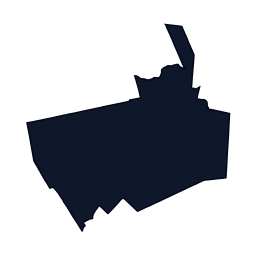 outline of Talpa, Teleorman, Romania, rotated 274°
{"feature_id": "2599482B48667191952108", "entity_name": "Talpa", "entity_type": "district", "adm_level": 2, "iso_a3": "ROU", "parent_name": "Romania", "parent_adm1": "Teleorman", "projection": "mercator", "projection_center": [25.316, 44.288], "detail": "fine", "context": "isolated", "style": "filled", "palette": "ink", "viewbox_px": 256, "rotation_deg": 274, "n_neighbors": 0, "source": "geoboundaries", "source_scale": "gbopen_adm2", "svg_char_len": 5389}
<svg xmlns="http://www.w3.org/2000/svg" viewBox="0 0 256 256"><g transform="rotate(274 128 128)"><path d="M85.2,229.1L91.8,229.1L97.3,229.0L103.6,228.9L109.0,228.8L111.1,228.8L122.3,228.7L126.1,228.7L132.3,228.6L140.6,228.4L149.5,228.3L151.0,218.0L152.4,208.5L151.8,208.2L151.5,208.1L151.6,207.9L151.8,207.4L151.9,207.2L152.2,206.9L152.4,206.9L152.8,206.8L153.2,206.7L153.4,206.6L153.8,206.5L154.0,206.6L154.1,206.4L154.5,206.1L154.9,205.7L155.2,205.6L155.8,205.4L156.1,205.5L156.7,205.3L156.8,205.2L157.4,205.2L158.0,205.2L158.4,205.1L158.6,205.1L158.8,205.1L159.5,204.8L160.2,204.3L160.4,204.1L160.9,203.4L161.4,202.5L161.5,202.1L161.5,201.9L161.5,201.3L161.4,200.1L161.4,199.5L161.4,198.7L161.6,198.1L161.7,197.8L161.7,197.4L161.7,197.0L161.6,196.3L161.5,195.9L161.7,194.8L161.7,194.6L162.1,194.7L162.4,194.7L162.7,194.8L165.2,195.0L167.4,195.4L173.8,196.5L173.2,195.6L172.7,195.1L172.6,194.9L172.1,194.6L172.0,194.4L172.1,194.2L171.9,194.1L171.6,193.4L171.5,193.2L171.7,192.5L171.8,192.3L171.8,191.9L172.0,191.4L172.1,191.0L172.1,190.6L172.2,190.0L172.2,189.0L172.1,188.7L172.1,188.4L173.3,188.4L177.7,188.6L177.8,188.5L183.4,188.5L196.1,188.7L205.6,188.7L207.6,187.7L209.8,186.5L211.1,185.8L216.8,182.8L218.2,182.1L219.3,181.6L223.2,179.7L226.1,178.1L226.4,177.9L227.5,177.4L231.3,175.4L233.0,174.6L233.2,172.3L233.5,165.6L233.8,158.3L233.7,158.4L230.2,160.1L229.4,160.5L228.9,160.8L228.4,161.1L228.0,161.3L226.7,161.9L225.9,162.5L224.3,163.3L221.0,165.0L219.1,166.0L218.4,166.4L217.8,166.6L214.6,168.2L213.0,169.0L208.5,171.4L207.4,172.0L202.7,174.4L199.8,175.9L195.6,178.0L192.0,180.0L191.4,180.3L191.2,180.4L191.1,179.9L191.2,179.7L191.8,177.8L192.0,177.0L192.1,176.5L192.3,176.2L192.5,175.8L192.8,175.4L193.1,175.1L193.9,174.4L194.4,174.0L194.6,173.7L194.8,173.5L194.9,173.2L194.9,172.9L194.8,172.3L194.5,171.5L194.4,170.9L194.0,169.9L193.8,169.2L193.5,168.3L193.1,167.5L192.9,167.0L192.8,166.7L192.8,166.3L192.9,164.8L192.9,164.2L192.8,163.7L192.6,162.9L192.4,162.6L192.2,162.4L191.9,162.1L191.7,161.9L191.5,161.6L191.4,161.0L190.9,160.1L190.7,159.7L189.8,158.8L188.9,157.9L188.7,157.7L188.4,157.6L188.2,157.5L186.9,157.6L186.3,157.7L185.6,157.7L185.1,157.7L184.7,157.5L183.7,157.2L183.2,157.1L182.8,157.0L182.5,156.8L182.3,156.7L182.0,156.7L181.7,156.6L181.4,156.5L181.2,156.3L180.9,156.0L180.6,155.7L180.3,155.2L180.2,154.7L180.0,153.9L180.0,153.2L180.1,152.6L180.1,151.8L180.1,151.3L180.0,150.9L179.9,150.3L179.9,150.2L179.6,150.1L179.4,150.0L179.2,149.6L178.9,149.1L178.5,148.4L178.2,147.6L177.7,146.1L177.4,145.5L177.3,145.2L177.3,144.8L177.3,144.2L177.3,143.8L177.5,143.1L177.5,142.9L177.6,142.3L177.6,142.0L177.8,141.7L177.9,141.3L178.1,140.7L178.1,140.3L178.0,139.6L177.9,138.8L178.0,138.1L178.1,137.5L178.5,136.4L178.6,136.1L178.8,135.9L179.2,135.4L179.5,134.9L179.9,134.1L180.3,133.2L180.5,132.5L180.6,132.3L180.6,131.6L180.5,131.4L180.4,131.1L179.7,131.4L177.2,132.4L171.9,134.3L169.8,135.1L165.9,136.4L164.2,136.9L160.7,138.0L158.8,138.5L156.1,128.1L156.0,127.7L155.7,127.6L155.4,127.6L154.7,127.8L153.6,123.9L153.0,121.7L152.8,121.0L151.9,117.9L150.5,112.9L148.1,104.3L147.2,101.1L147.2,100.9L147.0,100.7L146.9,100.7L145.5,95.6L142.0,83.3L139.5,74.9L138.5,71.2L137.6,67.6L136.8,65.3L136.1,62.6L135.2,59.5L134.6,57.3L134.1,55.8L133.6,54.3L132.0,48.7L130.8,44.3L130.0,41.7L128.8,37.1L127.6,33.0L127.0,30.5L126.1,26.9L125.3,27.1L110.7,31.0L105.6,32.2L94.1,35.1L91.7,35.7L88.6,36.5L88.4,36.6L88.3,36.8L87.2,37.4L86.6,37.8L82.1,40.9L80.0,42.2L78.2,43.5L76.0,44.9L74.0,46.3L72.5,47.2L71.9,47.7L71.3,48.1L69.8,49.1L69.0,49.7L68.1,50.5L67.5,50.9L67.3,51.0L67.1,51.2L65.1,52.5L63.0,53.9L62.8,54.0L62.7,54.3L62.6,54.5L63.4,56.3L64.0,57.6L63.6,57.8L62.9,58.4L62.4,58.8L61.3,60.0L60.6,60.8L60.2,61.2L60.1,61.3L59.0,62.2L58.9,62.2L59.0,62.2L58.7,62.6L57.7,63.4L57.1,63.8L54.6,65.7L54.3,65.9L54.0,66.1L53.2,66.7L53.1,66.8L53.2,67.0L51.4,68.2L51.0,68.5L50.7,68.6L50.4,68.7L49.2,69.5L48.8,69.9L47.1,71.2L45.9,72.1L44.7,73.1L44.0,73.5L42.4,74.7L40.4,76.1L38.4,77.4L34.9,80.0L33.4,81.1L30.3,83.5L28.6,84.7L26.5,86.3L25.2,87.2L24.9,87.3L23.1,88.7L22.2,89.4L22.8,89.7L23.2,89.9L23.6,89.9L24.0,89.8L24.3,89.8L24.6,89.9L24.8,90.0L26.1,90.9L27.2,91.7L27.4,91.8L27.5,91.9L27.9,91.9L28.0,91.8L28.3,91.5L29.0,90.6L29.4,90.4L29.7,90.4L30.9,90.6L31.2,90.7L31.6,90.9L31.9,91.1L32.0,91.2L32.0,91.4L32.1,92.0L32.3,92.4L33.2,93.8L34.2,95.5L34.4,95.8L34.5,96.2L34.6,96.7L34.7,96.8L35.0,97.3L35.1,97.5L35.2,97.8L35.0,98.3L35.1,98.5L35.3,98.8L35.8,99.0L36.1,99.0L37.0,98.8L37.3,98.8L37.5,98.8L38.8,99.2L39.4,99.3L39.7,99.4L41.2,100.0L41.9,100.4L42.7,100.8L43.7,101.4L45.0,102.2L45.9,102.8L46.2,103.0L47.3,103.7L47.9,104.1L48.7,104.6L48.8,104.7L48.8,104.9L48.3,105.5L47.7,106.1L47.4,106.5L45.8,108.5L45.0,109.5L44.0,110.6L42.7,112.1L42.0,113.0L41.6,113.5L41.4,113.7L41.4,113.9L41.4,114.0L41.6,114.2L42.0,114.5L44.3,116.6L47.0,118.8L48.5,120.0L50.4,121.5L51.6,122.5L52.3,123.1L53.5,123.9L55.5,125.3L56.8,126.7L57.1,126.9L57.7,127.5L58.2,128.0L57.1,129.3L56.2,130.5L50.4,137.6L47.7,140.8L45.7,143.3L46.1,144.2L46.6,145.1L47.1,145.9L50.5,152.0L51.0,153.0L51.5,154.1L53.7,157.9L55.3,160.8L57.1,164.2L59.3,168.1L60.9,170.9L64.9,178.0L67.5,182.6L69.1,185.6L69.8,186.8L71.7,190.1L72.4,191.2L74.7,195.5L75.6,197.1L76.6,199.1L78.0,201.5L80.8,206.5L81.5,207.9L81.5,208.0L81.4,208.1L82.0,211.5L82.6,215.1L83.7,220.8L83.8,221.2L84.4,225.3L85.2,229.1Z" fill="#0f172a" stroke="#020617" stroke-width="1.5"/></g></svg>